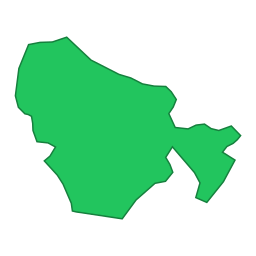 map outline of Nisporeni (Robinson projection)
{"feature_id": "MDA-1642", "entity_name": "Nisporeni", "entity_type": "District", "adm_level": 1, "iso_a3": "MDA", "parent_name": "Moldova", "parent_adm1": "", "projection": "robinson", "projection_center": [28.24, 47.078], "detail": "fine", "context": "isolated", "style": "filled", "palette": "green", "viewbox_px": 256, "rotation_deg": 0, "n_neighbors": 0, "source": "natural_earth", "source_scale": "10m", "svg_char_len": 802}
<svg xmlns="http://www.w3.org/2000/svg" viewBox="0 0 256 256"><path d="M72.4,211.0L71.3,203.2L63.0,184.0L57.3,175.1L44.3,160.9L50.0,156.1L55.5,147.0L48.0,142.9L37.0,141.7L33.0,130.5L32.7,123.3L31.5,116.3L28.2,114.5L24.9,113.8L18.4,107.3L15.4,95.8L18.9,68.4L28.6,44.6L40.0,42.4L52.3,42.0L66.7,37.2L91.0,60.1L119.0,74.4L130.9,78.0L142.4,83.9L154.1,86.1L165.8,86.5L171.2,91.7L176.3,99.5L173.2,107.1L168.8,113.6L175.2,127.5L188.1,128.9L196.1,125.1L204.5,124.1L211.1,128.6L218.8,130.5L231.3,126.0L240.6,135.6L237.3,139.7L233.2,143.3L226.9,146.5L222.5,152.2L235.0,160.1L223.4,181.7L206.8,202.4L195.8,197.6L200.0,182.9L194.5,172.6L172.4,146.8L165.7,157.4L169.9,164.5L172.8,172.3L165.5,181.3L155.0,183.3L136.1,199.9L122.2,218.8L76.2,211.9L72.4,211.0Z" fill="#22c55e" stroke="#15803d" stroke-width="1.5"/></svg>